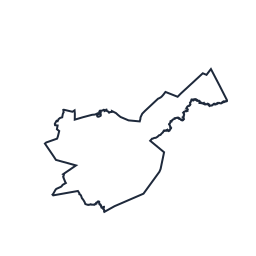 Hardenberg, Overijssel, Netherlands, rotated 136°
{"feature_id": "6326949B3638629214663", "entity_name": "Hardenberg", "entity_type": "district", "adm_level": 2, "iso_a3": "NLD", "parent_name": "Netherlands", "parent_adm1": "Overijssel", "projection": "natural_earth1", "projection_center": [6.49, 52.57], "detail": "fine", "context": "isolated", "style": "outline", "palette": "slate", "viewbox_px": 256, "rotation_deg": 136, "n_neighbors": 0, "source": "geoboundaries", "source_scale": "gbopen_adm2", "svg_char_len": 5351}
<svg xmlns="http://www.w3.org/2000/svg" viewBox="0 0 256 256"><g transform="rotate(136 128 128)"><path d="M192.0,81.1L162.5,70.0L135.8,74.7L133.0,75.9L118.9,85.5L120.9,103.4L118.1,103.6L117.7,103.2L116.0,102.6L114.9,101.7L112.9,101.2L110.7,101.2L109.7,100.6L109.2,100.5L107.7,100.7L105.9,100.6L105.0,101.0L104.8,101.0L104.4,101.1L104.2,101.0L104.1,100.8L104.2,100.7L104.0,100.8L103.9,100.6L103.5,100.6L103.4,100.8L102.8,100.2L102.7,99.6L102.4,99.4L101.7,99.7L101.4,99.4L101.2,99.4L101.3,99.2L101.2,99.1L100.9,98.8L101.2,98.8L101.3,98.4L101.0,98.1L101.0,97.8L100.9,97.5L99.9,97.3L99.4,97.5L98.8,97.6L97.8,97.9L97.2,97.9L96.9,98.1L96.9,98.3L97.0,98.6L96.9,98.9L97.2,99.1L96.8,99.5L96.6,99.5L96.4,100.5L96.2,100.7L96.2,100.9L95.9,101.2L95.8,101.5L95.9,102.1L95.4,102.4L94.5,102.3L94.4,102.4L93.4,102.6L93.3,102.8L93.1,102.9L92.9,102.8L92.9,103.2L92.6,103.4L92.1,103.2L91.4,102.7L91.0,102.7L90.9,102.9L90.3,103.0L89.4,102.8L89.0,102.6L88.4,102.4L88.1,102.2L87.9,102.3L87.7,102.5L87.5,102.2L87.2,102.3L86.0,101.6L85.9,101.4L85.3,101.2L85.2,100.9L85.2,100.7L84.6,100.5L84.5,100.2L84.4,99.8L84.8,99.8L84.9,99.6L84.9,99.0L84.2,98.0L84.1,97.7L83.6,96.9L84.1,96.7L83.9,96.3L83.8,95.8L83.0,95.4L82.8,95.5L82.7,95.7L82.3,95.5L81.7,95.5L81.6,95.8L81.6,96.1L81.0,96.3L80.8,96.9L80.9,97.0L81.1,97.3L81.1,97.6L80.8,97.5L80.4,97.7L80.0,97.7L80.0,97.9L78.6,98.4L78.2,98.8L78.1,99.4L77.8,99.4L77.7,99.6L77.8,99.8L77.6,100.3L77.6,100.6L77.0,100.5L76.8,100.8L76.5,100.8L76.0,100.5L75.0,100.3L74.5,100.0L74.6,99.8L74.3,99.6L74.2,99.3L73.6,99.1L73.6,99.3L73.2,99.3L73.1,99.5L72.4,99.7L72.2,99.7L72.0,100.2L72.0,100.8L72.4,101.3L72.2,101.3L72.0,101.7L71.2,101.9L71.2,102.0L70.0,102.2L69.1,101.7L68.4,101.7L68.4,101.4L67.7,101.3L66.8,101.6L66.8,101.8L66.6,102.0L66.3,102.4L66.2,102.5L65.9,102.8L65.8,103.1L64.7,103.2L64.4,103.5L63.7,103.6L63.3,104.0L62.5,104.4L62.3,104.3L62.1,104.0L62.2,103.7L62.3,103.6L62.3,103.1L62.0,102.5L61.5,102.5L60.9,102.9L60.7,102.6L60.4,102.5L60.5,102.3L60.2,102.3L60.1,102.1L59.3,101.8L59.1,101.3L59.5,101.0L59.4,100.9L59.4,100.6L59.2,100.4L59.4,100.3L59.6,100.1L59.6,99.9L59.4,99.7L59.2,99.6L59.2,99.3L58.8,99.2L58.7,99.0L58.0,98.4L58.0,98.2L57.9,97.9L58.4,97.7L58.5,97.3L58.7,97.1L58.7,96.7L58.2,96.5L58.3,96.3L58.7,96.2L58.3,95.8L58.6,95.7L58.4,95.5L58.4,95.4L58.2,95.1L57.8,95.0L57.7,94.7L57.4,94.8L57.3,94.4L57.4,94.1L57.2,93.9L57.1,93.5L56.8,93.6L56.5,93.5L56.1,93.4L56.3,93.0L55.9,92.6L56.0,92.3L55.9,92.0L56.4,91.8L56.3,91.5L55.7,91.4L55.6,91.0L55.3,90.9L55.1,90.6L54.9,90.5L54.8,90.3L54.0,90.3L53.9,90.0L53.4,89.5L53.4,89.3L53.8,89.3L54.0,89.2L54.0,88.7L53.8,88.8L53.5,88.4L54.1,88.1L54.1,87.8L53.8,87.7L54.0,87.4L54.0,87.2L53.8,87.2L53.5,87.1L53.1,86.7L52.3,86.1L52.0,85.9L51.5,86.0L51.4,85.8L50.7,85.8L50.1,85.5L49.8,85.5L49.5,85.8L49.2,85.6L49.4,85.2L49.2,84.6L48.9,84.5L48.7,84.2L48.5,84.3L48.2,84.2L48.2,84.3L47.8,84.3L47.2,83.9L46.5,83.9L46.5,83.7L46.7,83.4L45.9,83.3L45.7,83.0L45.4,82.7L45.0,82.8L44.1,81.1L43.2,80.8L43.1,81.0L42.7,81.1L42.4,81.0L42.3,80.9L41.9,81.0L41.6,80.5L41.2,80.8L40.8,80.8L40.4,80.6L40.2,80.2L40.3,79.6L39.6,79.4L39.2,79.5L39.0,79.2L38.6,78.7L38.2,78.6L37.6,79.1L37.4,79.5L32.6,95.2L27.4,112.8L34.6,111.7L36.2,115.4L66.2,116.1L70.6,116.0L76.0,127.9L79.4,127.4L81.7,127.2L83.2,127.3L85.0,127.8L86.0,128.2L103.8,128.5L107.8,128.4L111.5,127.0L112.3,126.4L112.8,125.9L115.0,124.6L122.3,133.1L125.7,141.1L126.1,144.0L126.3,147.1L127.7,151.1L127.9,150.8L128.5,150.7L128.7,150.9L128.9,151.3L129.3,151.6L130.1,151.9L130.7,152.0L131.0,152.2L131.0,152.5L130.7,153.0L130.9,153.8L131.4,155.1L131.2,155.6L130.8,156.0L130.7,156.2L130.8,156.3L131.1,156.4L132.3,156.2L133.1,156.5L132.8,157.1L132.8,157.4L132.6,157.7L132.7,157.9L134.6,158.5L136.1,159.9L136.3,159.9L137.1,159.8L137.5,159.5L137.5,159.3L137.4,159.0L136.7,158.3L136.7,158.2L137.7,157.5L138.5,156.2L139.3,155.8L140.8,156.3L141.5,156.7L141.7,156.9L142.0,157.4L141.9,157.9L141.5,158.5L141.0,158.8L140.5,158.8L139.5,158.3L139.2,158.2L139.0,158.4L138.9,158.7L139.0,159.1L139.5,159.6L139.9,159.8L140.9,159.9L141.4,160.1L141.5,160.3L142.4,160.6L144.6,162.4L153.0,167.1L160.5,171.0L156.4,175.1L154.2,177.8L156.7,178.3L161.2,185.3L161.7,185.9L161.9,186.0L163.5,183.9L164.0,183.9L165.4,183.2L167.9,181.4L169.8,182.4L171.8,182.6L173.9,181.8L174.3,182.8L174.5,182.8L177.8,181.8L178.5,180.7L176.9,178.7L180.0,176.5L179.6,173.6L184.2,170.7L186.4,169.6L196.9,174.4L198.6,174.5L201.0,160.4L202.0,155.1L191.4,137.2L206.7,139.8L206.6,139.5L206.7,139.2L206.7,138.8L208.3,138.1L208.3,137.9L208.4,137.6L208.6,137.6L208.8,137.4L210.7,132.6L210.8,132.0L210.9,131.6L214.5,132.5L216.3,132.2L217.1,132.3L221.6,133.9L222.3,134.0L223.1,133.9L227.5,132.6L228.6,132.5L228.6,131.5L207.8,117.5L208.3,114.9L209.0,114.1L208.6,113.3L208.7,112.1L209.9,109.5L210.0,108.9L209.9,108.7L210.2,106.9L210.2,106.6L210.4,106.2L210.5,105.4L211.5,102.9L210.4,100.8L209.6,99.9L209.2,99.9L208.5,99.2L207.7,99.0L207.5,98.2L206.1,96.9L205.8,96.3L204.8,96.3L204.0,96.0L204.0,95.7L203.5,95.8L203.1,95.6L202.7,96.3L201.7,96.0L200.5,96.0L200.0,95.4L200.0,94.8L200.8,94.2L201.5,93.1L201.6,92.5L201.4,92.2L201.0,92.1L201.1,91.7L201.1,91.3L201.2,90.9L201.8,90.5L202.0,89.8L202.3,89.4L202.4,89.2L202.2,88.6L202.0,88.4L201.2,88.2L200.6,88.4L200.1,88.0L200.5,87.6L201.2,87.2L201.8,87.2L202.1,87.0L202.1,86.8L202.0,85.7L202.2,85.4L203.1,84.7L203.3,84.1L192.0,81.1Z" fill="none" stroke="#1e293b" stroke-width="2"/></g></svg>